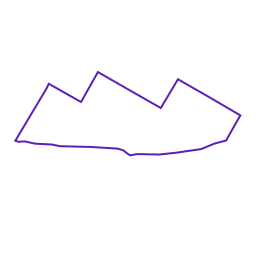 outline of Lake, Ohio, United States of America, rotated 210°
{"feature_id": "52423323B78273597344346", "entity_name": "Lake", "entity_type": "district", "adm_level": 2, "iso_a3": "USA", "parent_name": "United States of America", "parent_adm1": "Ohio", "projection": "natural_earth1", "projection_center": [-81.217, 41.712], "detail": "fine", "context": "isolated", "style": "outline", "palette": "violet", "viewbox_px": 256, "rotation_deg": 210, "n_neighbors": 0, "source": "geoboundaries", "source_scale": "gbopen_adm2", "svg_char_len": 509}
<svg xmlns="http://www.w3.org/2000/svg" viewBox="0 0 256 256"><g transform="rotate(210 128 128)"><path d="M218.7,126.7L218.3,121.3L219.2,60.7L219.0,60.8L216.1,61.2L210.8,64.7L200.6,68.0L185.3,75.8L184.2,76.1L177.7,78.3L150.9,92.9L126.8,104.9L121.2,106.3L115.1,105.5L112.5,105.4L107.0,110.0L87.6,120.7L74.3,130.4L54.0,146.4L45.3,157.8L36.8,166.2L37.0,186.5L37.0,195.1L73.4,195.3L109.1,195.2L109.6,161.7L148.5,161.5L182.0,161.4L181.7,127.0L218.7,126.7Z" fill="none" stroke="#5b21b6" stroke-width="2"/></g></svg>